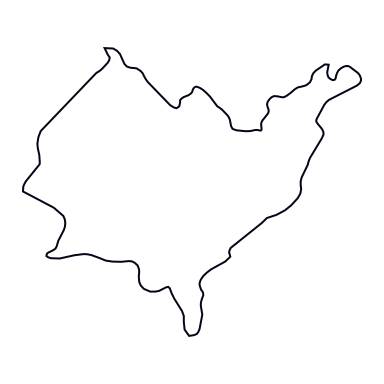 Azuay, Mercator projection
{"feature_id": "ECU-1266", "entity_name": "Azuay", "entity_type": "Province", "adm_level": 1, "iso_a3": "ECU", "parent_name": "Ecuador", "parent_adm1": "", "projection": "mercator", "projection_center": [-79.036, -3.067], "detail": "fine", "context": "isolated", "style": "outline", "palette": "ink", "viewbox_px": 384, "rotation_deg": 0, "n_neighbors": 0, "source": "natural_earth", "source_scale": "10m", "svg_char_len": 2654}
<svg xmlns="http://www.w3.org/2000/svg" viewBox="0 0 384 384"><path d="M104.6,48.1L113.1,48.5L117.0,50.8L120.0,54.1L124.4,63.9L126.8,66.5L130.2,67.7L136.5,68.3L140.8,71.1L142.9,73.6L144.1,76.3L145.6,78.9L147.6,81.8L170.1,105.1L173.7,107.4L176.4,108.2L179.0,106.6L179.7,104.7L180.1,102.4L180.1,100.2L181.5,98.6L183.7,97.1L188.7,95.1L190.9,93.5L192.3,91.8L192.7,89.9L193.7,88.1L195.1,86.9L196.8,86.7L199.7,87.8L202.9,89.8L206.7,93.2L210.0,96.6L217.2,106.2L221.7,109.3L227.3,115.1L228.9,117.4L229.9,119.9L231.1,126.2L232.6,128.9L236.4,130.3L245.6,131.2L249.5,131.1L252.1,130.7L254.6,130.1L256.4,129.9L258.7,130.2L260.3,130.6L261.3,130.3L261.6,128.7L261.1,124.6L261.4,122.6L262.4,120.5L267.2,114.5L268.2,113.1L268.7,111.3L268.5,109.4L267.6,107.0L267.0,104.2L267.7,101.8L269.4,99.3L271.5,97.3L273.9,96.1L277.3,96.3L282.3,97.3L284.2,97.1L286.6,95.8L290.0,93.4L294.8,89.3L297.6,87.5L303.2,86.2L306.3,85.2L309.9,82.4L311.5,79.2L311.9,76.2L313.2,73.4L315.7,70.7L324.9,64.4L328.7,64.7L327.2,72.2L327.5,74.7L328.4,77.2L330.3,79.0L332.7,80.1L334.5,79.9L335.6,78.5L336.1,75.8L337.0,73.1L338.5,70.4L341.2,68.1L343.5,66.8L346.0,66.0L348.2,66.1L349.7,66.7L357.6,72.7L359.3,74.5L360.3,76.7L361.0,78.8L360.9,80.9L359.9,83.1L357.1,85.5L329.1,99.8L326.6,101.9L324.4,104.6L316.5,119.3L316.2,121.1L317.0,122.8L318.5,124.8L320.6,127.2L322.4,129.7L323.4,132.1L323.5,134.5L321.9,138.2L310.0,157.9L308.4,162.0L307.8,164.7L301.7,177.3L300.7,181.3L300.7,185.3L301.2,189.1L300.3,193.6L297.8,198.1L291.2,205.3L285.0,210.3L276.4,214.9L266.9,218.0L261.8,223.0L230.7,247.9L229.6,250.3L229.1,252.2L230.3,256.7L225.3,261.5L211.0,269.4L206.6,272.8L203.3,276.0L201.0,279.3L199.9,281.9L199.5,284.1L199.9,286.2L201.2,289.9L202.4,291.4L203.1,293.0L203.3,295.1L201.6,299.9L200.9,302.7L200.8,305.7L202.3,314.7L199.5,329.3L198.4,331.7L197.0,333.8L195.2,334.7L193.6,335.2L189.1,335.9L184.6,329.6L183.8,321.8L183.8,315.9L182.0,311.0L174.3,298.7L171.7,293.4L169.8,288.4L168.3,286.9L166.1,287.3L159.1,290.9L155.2,291.6L150.2,291.6L143.9,288.9L140.9,285.7L139.3,282.3L138.8,276.8L139.2,272.0L139.0,269.2L137.5,265.3L134.7,262.8L131.8,261.3L128.4,261.1L121.4,261.8L112.6,261.6L105.8,260.6L99.4,258.0L91.2,255.0L86.8,254.2L83.4,254.1L74.1,255.3L59.8,258.5L50.9,258.2L48.0,257.2L46.4,256.0L46.9,253.8L47.9,252.8L52.8,250.4L55.4,248.7L56.7,246.3L58.2,241.0L63.8,230.1L64.9,226.8L65.3,223.1L64.8,219.4L63.4,216.0L53.8,207.7L23.0,191.5L23.3,186.6L24.2,184.3L26.0,181.1L39.6,164.3L39.8,162.3L39.3,155.1L37.8,148.2L37.4,143.6L38.4,137.2L40.7,131.1L95.9,73.4L97.0,72.5L98.5,71.7L100.0,70.6L102.2,68.7L107.7,62.8L109.2,60.3L109.7,57.5L107.7,54.5L104.6,48.1Z" fill="none" stroke="#020617" stroke-width="2"/></svg>